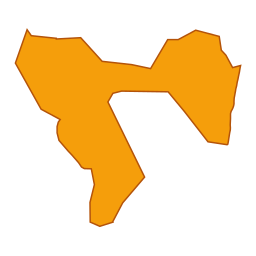 the district of Morne Road, Castries, Saint Lucia
{"feature_id": "8701671B28120595422367", "entity_name": "Morne Road", "entity_type": "district", "adm_level": 2, "iso_a3": "LCA", "parent_name": "Saint Lucia", "parent_adm1": "Castries", "projection": "equal_earth", "projection_center": [-60.995, 14.006], "detail": "fine", "context": "isolated", "style": "filled", "palette": "amber", "viewbox_px": 256, "rotation_deg": 0, "n_neighbors": 0, "source": "geoboundaries", "source_scale": "gbopen_adm2", "svg_char_len": 964}
<svg xmlns="http://www.w3.org/2000/svg" viewBox="0 0 256 256"><path d="M219.2,36.4L195.7,30.2L178.2,39.6L167.7,39.6L150.6,68.6L131.6,64.6L102.6,61.4L102.2,61.4L80.7,37.7L56.3,39.0L56.3,38.3L31.3,35.7L27.1,29.7L15.4,63.1L41.1,109.2L60.2,119.5L58.3,122.1L57.1,126.6L57.1,132.9L59.0,140.4L68.1,151.0L71.9,155.0L78.6,162.7L81.5,167.0L84.3,168.6L91.3,168.8L94.4,184.6L90.0,202.4L90.2,222.1L99.8,226.3L113.0,222.1L112.8,221.6L122.7,202.8L144.6,177.1L107.9,102.0L112.9,93.3L121.6,91.1L168.1,91.8L184.5,111.6L208.0,141.8L227.1,144.7L227.8,144.2L228.3,141.7L229.0,137.2L229.7,132.7L230.3,129.9L230.4,127.8L230.2,124.9L230.5,118.6L230.5,116.4L230.5,113.7L231.1,111.4L232.3,109.2L232.9,107.9L233.6,105.9L234.0,103.8L234.0,101.1L234.2,98.0L234.6,96.0L235.1,93.1L235.5,91.1L235.8,88.9L236.6,85.9L237.2,82.2L237.9,79.4L238.6,75.8L239.4,72.2L239.8,69.6L240.2,67.3L240.6,65.5L232.6,67.6L225.9,55.2L221.3,50.2L219.2,36.4Z" fill="#f59e0b" stroke="#b45309" stroke-width="1.5"/></svg>